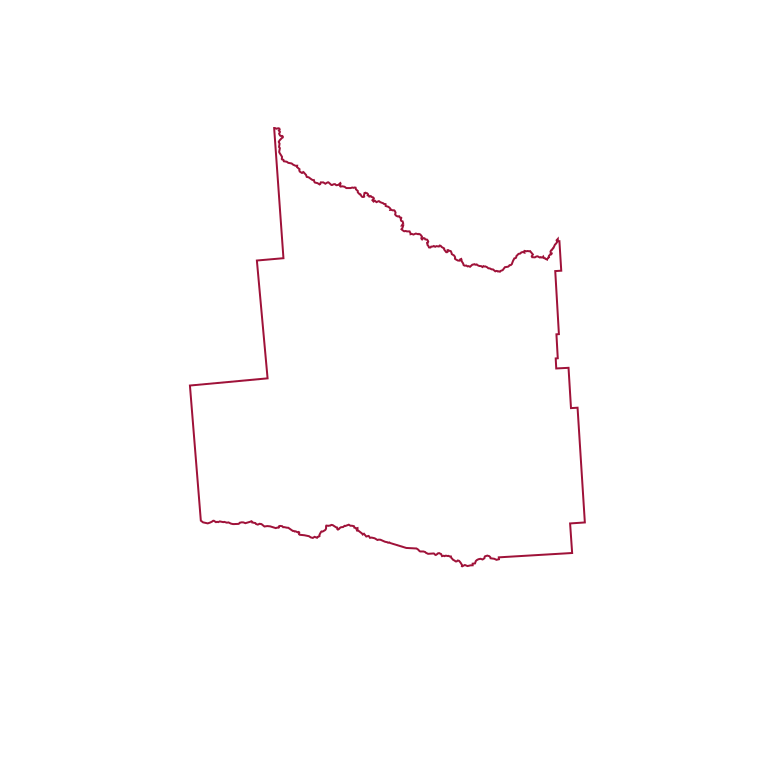 Las Flores, Buenos Aires, Argentina (orthographic projection), rotated 42°
{"feature_id": "61730980B33948495129875", "entity_name": "Las Flores", "entity_type": "district", "adm_level": 2, "iso_a3": "ARG", "parent_name": "Argentina", "parent_adm1": "Buenos Aires", "projection": "orthographic", "projection_center": [-59.196, -36.018], "detail": "fine", "context": "isolated", "style": "outline", "palette": "rose", "viewbox_px": 768, "rotation_deg": 42, "n_neighbors": 0, "source": "geoboundaries", "source_scale": "gbopen_adm2", "svg_char_len": 6153}
<svg xmlns="http://www.w3.org/2000/svg" viewBox="0 0 768 768"><g transform="rotate(42 384 384)"><path d="M131.1,267.3L225.1,357.8L206.9,377.3L293.7,457.7L240.8,515.0L339.3,608.1L342.1,607.9L346.3,605.5L347.5,603.3L348.3,601.3L348.5,600.1L349.0,599.5L351.6,599.1L352.2,598.1L353.2,597.6L353.9,596.0L357.0,594.2L357.5,593.4L360.0,592.2L361.1,590.9L363.6,590.2L365.6,589.1L369.4,585.4L369.8,584.4L369.6,583.7L370.8,582.0L372.2,580.9L374.1,580.2L376.7,576.0L377.3,574.7L378.2,574.6L378.7,575.1L381.5,573.4L382.4,573.7L384.0,573.1L384.5,572.6L385.0,571.2L386.7,570.1L390.5,569.9L392.3,567.7L394.6,566.0L400.0,563.5L400.8,562.1L401.8,561.3L401.9,560.9L401.3,560.4L401.2,559.8L401.7,559.0L403.5,557.8L404.9,557.9L405.5,557.2L408.1,555.7L409.0,554.9L414.6,554.2L415.3,553.5L416.3,553.4L416.9,552.6L419.1,552.0L419.5,551.1L419.9,551.0L420.3,551.0L421.4,552.5L422.3,552.4L426.0,549.7L430.1,547.3L432.2,547.0L434.1,546.0L434.7,544.0L437.1,543.1L436.9,542.1L437.6,541.3L437.5,540.6L437.8,540.2L436.9,539.1L436.2,536.2L436.2,535.4L437.1,534.8L438.0,532.0L438.0,531.2L437.5,530.0L436.0,528.3L435.9,527.8L437.7,526.5L438.0,525.9L438.8,525.2L439.1,524.0L440.3,523.2L444.7,522.5L445.0,522.1L445.7,522.3L446.5,523.1L447.2,523.0L447.6,521.7L447.5,520.5L447.9,519.2L449.3,517.7L449.6,515.8L450.2,515.5L452.0,512.1L453.9,511.8L455.0,510.8L456.8,509.8L458.1,510.6L459.0,510.0L459.8,510.2L460.7,508.8L461.6,509.7L461.7,510.8L462.1,511.0L463.1,510.2L463.8,510.1L467.8,509.8L468.9,510.1L469.3,508.7L472.9,509.2L474.1,507.3L474.8,507.2L476.5,507.7L477.6,506.4L480.3,504.9L483.5,504.3L484.3,503.1L485.6,502.1L490.2,500.6L492.7,499.2L493.3,499.2L494.1,498.1L494.9,498.1L510.3,490.9L518.2,484.5L520.1,484.2L522.4,484.4L523.1,484.1L525.3,482.1L527.1,481.3L528.0,481.4L530.4,480.7L534.2,476.8L534.8,476.5L535.9,476.7L536.9,476.4L537.4,474.6L537.3,474.0L538.1,472.8L540.3,472.2L542.3,473.1L543.4,471.6L544.2,471.4L544.8,470.2L546.6,469.1L547.0,468.5L548.3,468.2L549.1,467.4L550.2,468.1L553.2,468.4L554.5,468.0L555.9,467.9L556.7,467.2L556.9,465.8L558.1,465.2L560.3,465.5L563.1,466.3L563.8,467.3L564.1,467.2L565.2,464.4L567.9,463.4L569.7,460.8L571.2,459.4L570.1,458.2L571.7,456.4L570.7,454.2L570.8,452.8L571.4,451.1L572.6,449.4L574.7,448.4L575.2,446.3L574.5,445.2L574.4,444.4L575.6,442.4L577.5,441.5L578.9,441.6L579.8,442.2L582.9,440.1L585.2,439.4L586.7,437.3L585.3,436.0L636.9,383.7L615.6,363.1L625.9,352.5L543.7,272.1L539.1,276.8L510.3,248.5L501.6,257.2L494.5,250.1L495.9,248.6L478.9,231.7L480.6,229.9L435.7,185.5L439.9,181.2L418.8,160.5L417.7,161.6L416.1,159.9L416.1,161.7L417.6,162.5L417.9,164.4L417.8,166.1L418.7,168.9L418.6,169.5L419.0,169.9L418.8,171.6L419.1,172.3L418.8,172.7L418.8,173.2L419.2,174.3L420.0,174.7L420.4,175.4L421.3,174.8L421.4,175.0L421.5,175.8L420.9,176.7L420.8,178.2L421.0,178.8L421.8,179.4L421.5,180.2L421.8,180.7L421.5,181.8L421.9,182.4L420.2,183.0L419.4,182.8L418.6,183.4L417.1,182.8L417.2,183.6L416.9,184.3L415.6,184.8L415.4,185.5L415.0,185.8L412.8,186.3L411.9,187.3L411.4,188.9L409.3,190.6L408.3,190.2L408.0,188.1L403.6,187.5L403.2,188.2L401.8,189.0L401.2,189.9L399.3,191.1L399.4,191.5L400.4,192.4L398.9,193.0L398.0,194.3L398.0,195.8L396.9,197.3L396.8,200.4L397.4,201.3L397.6,202.3L396.8,203.4L397.5,206.2L398.8,209.5L398.6,210.9L397.8,211.7L397.9,212.9L397.7,213.8L395.7,216.3L396.0,220.0L395.0,221.9L395.0,223.0L394.1,223.3L393.5,224.1L393.1,224.0L391.9,224.7L391.3,225.8L388.4,225.9L387.2,226.8L385.3,227.3L384.1,228.2L382.6,228.2L380.6,228.8L379.8,229.7L379.0,229.9L378.9,231.2L377.3,231.4L375.9,232.5L373.8,233.2L372.9,233.1L372.0,234.3L371.1,234.4L369.8,236.3L369.5,239.3L368.0,239.8L367.4,240.7L365.9,240.9L364.9,242.0L363.7,242.4L362.2,241.5L359.0,240.6L358.8,240.0L357.7,239.4L357.2,240.5L357.6,241.8L356.3,242.8L353.3,243.5L352.8,243.3L352.0,242.2L350.2,241.6L347.5,242.1L346.0,241.1L344.6,240.6L343.4,241.3L342.0,241.6L341.7,242.0L342.8,243.0L342.6,244.0L342.0,244.4L338.7,243.8L338.0,243.0L335.2,243.6L333.6,243.4L332.7,243.9L332.8,245.1L330.7,246.5L330.2,247.8L328.7,248.1L328.4,249.0L327.1,250.4L327.2,251.4L326.9,251.8L326.0,252.4L324.8,251.8L323.1,251.5L322.5,250.6L321.9,250.6L321.5,250.2L321.8,249.2L321.6,248.6L320.5,248.1L319.4,247.9L317.9,248.9L316.7,248.6L315.8,249.1L315.5,249.8L315.7,251.0L315.3,251.2L314.2,250.7L313.5,249.0L311.0,248.6L309.5,249.1L309.2,249.8L307.0,250.9L305.9,253.2L304.2,253.9L303.5,254.9L302.9,254.3L300.9,253.5L298.9,255.3L297.8,255.7L296.8,257.0L294.9,257.3L293.4,257.3L293.3,255.7L292.2,253.4L291.2,254.3L290.7,251.7L289.0,250.7L287.9,251.2L287.2,251.1L286.5,250.6L285.7,249.0L285.2,249.0L284.2,249.7L283.1,249.2L281.9,250.4L280.4,250.8L278.9,250.6L277.8,248.8L276.0,248.1L275.1,248.2L274.5,249.0L272.9,249.7L272.2,250.4L271.9,249.6L270.4,249.3L268.7,249.4L266.1,250.6L264.8,249.3L263.2,250.3L262.5,250.2L259.5,251.4L258.2,251.4L257.7,251.7L256.7,253.9L254.6,253.9L254.2,255.4L252.4,255.2L252.3,254.7L252.8,254.1L252.3,253.4L252.2,252.8L251.8,252.7L251.2,252.6L249.6,253.3L248.4,253.2L248.0,254.3L247.5,254.6L246.9,254.2L245.7,254.7L245.4,253.9L244.9,253.6L243.7,253.6L242.7,254.3L242.3,254.2L241.7,255.1L243.0,257.3L243.9,258.0L243.8,258.5L242.7,259.5L241.7,259.5L239.5,258.8L239.1,259.3L236.3,259.1L235.4,258.1L232.9,258.1L231.5,257.1L230.7,257.6L230.2,258.5L228.9,259.3L228.1,260.7L224.9,263.6L222.7,263.8L220.7,265.0L219.7,266.3L219.1,266.4L218.5,265.9L217.5,264.0L217.1,263.9L216.9,266.5L215.9,267.8L215.5,268.2L213.8,268.3L212.9,269.3L212.3,270.8L211.7,271.3L207.8,271.3L207.2,271.9L206.4,274.4L204.0,274.8L202.1,276.5L202.8,278.1L202.6,278.8L200.2,279.2L197.9,280.5L197.1,280.4L195.4,279.4L195.1,279.9L193.6,280.4L189.7,280.8L188.0,281.8L186.2,280.8L182.5,280.4L182.1,280.5L182.1,281.7L181.7,282.1L179.2,282.5L178.0,281.8L177.5,280.9L174.2,281.0L173.4,279.9L172.3,281.0L169.8,281.8L167.8,281.9L164.9,283.7L163.0,283.9L160.5,285.5L159.2,284.7L158.1,285.3L157.5,285.2L156.2,283.4L151.3,282.0L150.7,281.5L148.8,278.4L147.4,278.1L145.6,275.3L143.8,274.5L143.4,272.8L143.5,269.5L143.8,268.5L143.2,267.8L142.3,267.8L141.3,268.7L140.4,268.9L138.6,268.2L138.0,266.3L136.3,266.0L136.3,264.8L135.3,264.2L134.3,264.7L133.2,266.3L131.6,266.8L131.1,267.3Z" fill="none" stroke="#9f1239" stroke-width="2"/></g></svg>